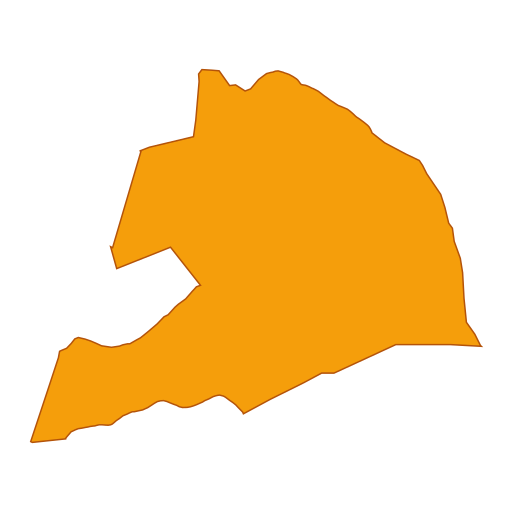 La Pansee, Castries, Saint Lucia
{"feature_id": "8701671B22615930928090", "entity_name": "La Pansee", "entity_type": "district", "adm_level": 2, "iso_a3": "LCA", "parent_name": "Saint Lucia", "parent_adm1": "Castries", "projection": "equal_earth", "projection_center": [-60.983, 14.014], "detail": "fine", "context": "isolated", "style": "filled", "palette": "amber", "viewbox_px": 512, "rotation_deg": 0, "n_neighbors": 0, "source": "geoboundaries", "source_scale": "gbopen_adm2", "svg_char_len": 2467}
<svg xmlns="http://www.w3.org/2000/svg" viewBox="0 0 512 512"><path d="M481.3,346.3L480.4,345.4L474.8,334.2L466.4,322.3L464.0,298.4L462.6,272.7L460.3,258.3L454.2,241.4L452.4,228.2L448.7,223.2L444.9,207.5L440.7,194.4L426.7,173.7L422.6,165.5L419.3,160.5L406.1,154.2L384.6,142.8L371.9,132.8L371.6,131.6L371.1,130.6L370.4,129.1L369.8,128.1L369.0,126.8L367.6,125.3L365.8,123.8L363.8,122.2L362.2,121.0L360.6,119.8L358.8,118.5L356.6,117.1L355.2,115.9L353.5,114.2L351.6,112.5L349.7,110.9L347.4,109.2L344.6,108.0L341.0,106.5L338.3,105.5L334.9,103.3L333.5,102.3L331.9,101.3L330.1,100.1L328.5,98.9L326.5,97.4L324.7,96.2L323.5,95.3L321.7,93.9L319.5,92.2L318.5,91.4L316.5,90.3L313.2,88.6L312.2,88.3L310.8,87.6L309.3,86.8L307.7,86.1L305.9,85.4L305.1,85.2L303.0,84.9L301.2,84.5L300.1,83.2L299.1,81.8L297.8,80.1L296.5,78.9L294.4,77.5L292.7,76.4L291.9,76.0L289.2,74.5L287.3,73.8L286.2,73.4L284.5,72.9L283.2,72.3L281.3,71.8L278.1,70.9L275.3,71.2L272.9,72.1L270.6,72.5L266.5,73.6L258.6,79.5L250.6,88.9L245.1,91.0L235.6,84.9L229.6,85.6L219.1,70.8L211.8,70.2L201.9,69.6L198.6,74.0L199.1,81.5L195.8,120.0L193.5,136.7L149.5,147.2L139.6,151.0L141.1,150.9L112.6,247.7L110.6,246.7L116.7,268.6L170.5,247.2L200.5,285.3L196.4,286.8L194.2,289.3L192.3,291.3L185.7,298.9L178.4,304.2L175.0,307.2L168.1,314.8L164.0,316.8L157.2,323.9L147.1,332.5L140.5,337.8L136.8,339.8L129.8,343.8L127.6,343.8L122.9,344.8L119.5,346.1L111.5,347.3L101.5,345.8L97.2,343.8L90.7,341.0L85.1,339.1L78.3,337.5L74.8,338.9L71.2,343.5L66.6,348.3L61.5,350.4L59.6,351.3L58.4,357.8L47.6,390.6L30.7,441.6L32.3,442.4L66.3,438.8L65.5,438.5L66.8,436.8L68.7,434.6L69.4,433.8L71.1,431.8L73.7,430.6L75.1,429.9L77.4,429.0L78.1,428.7L81.5,428.2L82.6,428.0L85.5,427.4L88.0,427.0L90.0,426.5L92.8,426.1L94.9,425.9L96.9,425.3L99.1,424.8L102.2,424.8L105.9,425.1L108.3,425.2L110.6,424.8L112.2,424.1L113.7,422.9L116.3,420.6L120.0,418.1L122.9,415.8L127.3,414.0L129.3,413.0L132.1,411.8L134.5,411.7L138.1,410.9L142.7,409.9L144.6,409.0L147.6,407.7L151.8,405.0L154.2,403.4L157.3,401.6L160.5,400.8L163.6,400.6L166.9,401.5L170.2,402.9L173.7,404.3L176.6,405.3L179.2,406.7L182.5,407.5L187.1,407.4L190.4,406.8L193.6,405.8L196.5,404.7L202.6,402.0L204.8,400.6L208.9,398.9L213.0,396.7L215.7,395.8L217.9,395.3L219.7,395.1L223.5,396.1L225.6,397.3L229.3,400.1L233.2,402.8L235.8,404.9L238.2,407.5L242.7,412.1L243.4,413.8L270.3,399.3L303.9,382.6L321.6,373.1L334.0,373.1L395.8,344.6L450.6,344.6L481.3,346.3Z" fill="#f59e0b" stroke="#b45309" stroke-width="1.5"/></svg>